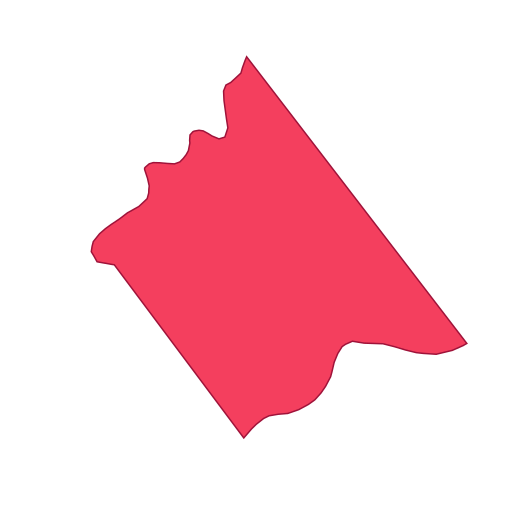 outline of Beyar, Laborie, Saint Lucia, rotated 61°
{"feature_id": "8701671B32276542748639", "entity_name": "Beyar", "entity_type": "district", "adm_level": 2, "iso_a3": "LCA", "parent_name": "Saint Lucia", "parent_adm1": "Laborie", "projection": "albers", "projection_center": [-60.991, 13.774], "detail": "fine", "context": "isolated", "style": "filled", "palette": "rose", "viewbox_px": 512, "rotation_deg": 61, "n_neighbors": 0, "source": "geoboundaries", "source_scale": "gbopen_adm2", "svg_char_len": 1206}
<svg xmlns="http://www.w3.org/2000/svg" viewBox="0 0 512 512"><g transform="rotate(61 256 256)"><path d="M77.2,167.6L79.9,171.0L84.8,176.6L88.7,180.5L92.0,193.9L91.9,199.4L96.0,204.4L104.7,208.7L121.9,215.4L130.3,218.5L136.9,225.6L135.6,231.6L129.7,236.3L125.7,238.5L121.0,241.5L118.4,244.9L116.8,249.5L116.7,250.9L118.1,255.0L122.7,258.0L125.2,259.1L131.1,264.1L133.5,267.9L135.4,272.3L136.8,277.1L135.9,282.6L132.3,288.3L127.8,295.0L124.5,300.6L123.6,304.7L124.6,309.5L125.1,310.8L126.4,311.5L135.4,313.2L142.9,315.4L145.6,317.3L148.9,319.3L153.1,323.4L155.9,334.5L155.9,337.0L155.9,347.4L157.4,357.6L158.2,367.3L159.1,374.5L160.7,382.0L164.5,391.3L168.1,394.7L172.4,398.0L177.0,397.8L180.7,397.8L184.0,397.8L188.1,392.8L189.5,391.0L193.2,386.5L195.0,384.2L409.2,354.9L405.1,343.8L403.3,337.3L401.8,328.0L402.1,322.0L405.2,313.2L409.1,304.6L411.1,293.1L411.2,281.9L410.3,274.2L407.3,265.5L403.7,258.3L397.8,249.3L394.4,246.0L386.9,239.2L380.9,231.7L377.0,224.6L376.6,220.5L377.3,213.0L384.6,203.7L392.1,191.2L394.3,187.5L402.5,178.8L410.6,170.9L418.2,162.7L422.3,156.9L429.3,146.0L433.7,130.1L434.8,117.9L434.7,116.6L434.7,114.0L77.2,167.6Z" fill="#f43f5e" stroke="#9f1239" stroke-width="1.5"/></g></svg>